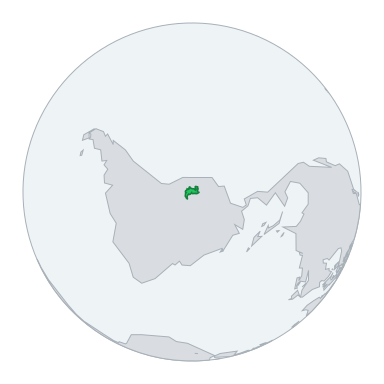 Ucayali highlighted on a globe, orthographic projection, rotated 122°
{"feature_id": "PER-583", "entity_name": "Ucayali", "entity_type": "Department", "adm_level": 1, "iso_a3": "PER", "parent_name": "Peru", "parent_adm1": "", "projection": "orthographic", "projection_center": [-73.422, -9.375], "detail": "fine", "context": "on_globe", "style": "filled", "palette": "green", "viewbox_px": 384, "rotation_deg": 122, "n_neighbors": 0, "source": "natural_earth", "source_scale": "10m", "svg_char_len": 8788}
<svg xmlns="http://www.w3.org/2000/svg" viewBox="0 0 384 384"><g transform="rotate(122 192 192)"><circle cx="192" cy="192" r="169" fill="#eef3f6" stroke="#a8b0b8"/><path d="M137.8,32.0L145.9,29.6L154.3,29.5L156.9,28.5L161.8,28.6L166.7,27.6L166.8,28.4L170.6,27.1L169.5,26.6L170.7,26.0L173.5,25.6L174.2,26.3L172.9,26.6L174.6,26.6L173.7,27.3L175.7,26.7L176.2,28.0L179.8,26.2L183.7,26.8L182.9,27.8L177.6,28.4L162.8,33.8L160.4,36.0L162.3,37.9L177.1,39.7L176.7,42.1L180.0,44.9L182.7,43.0L181.1,40.2L186.9,37.8L184.2,35.2L186.2,34.1L185.6,31.6L191.4,31.5L197.5,32.8L198.3,35.0L201.0,35.9L204.8,33.7L210.9,38.3L222.7,42.7L223.6,44.3L217.0,46.7L205.2,46.4L196.7,51.6L208.1,48.0L210.2,52.8L213.0,53.7L216.3,53.6L217.7,51.8L219.7,53.6L209.2,57.4L207.2,55.7L210.6,54.4L205.0,54.5L198.0,58.0L199.6,60.7L187.2,64.7L188.2,66.9L186.1,69.3L185.3,65.4L186.5,72.7L172.2,81.8L173.5,96.3L165.9,85.3L159.3,84.5L151.3,85.4L151.4,87.7L140.8,87.0L131.1,93.0L127.4,105.2L130.9,114.1L142.6,113.3L146.3,107.7L155.0,105.9L148.5,120.9L163.7,121.9L162.1,133.3L166.5,139.1L174.1,137.2L182.0,139.8L187.7,133.0L196.8,129.2L197.0,138.5L202.0,130.0L207.1,134.5L225.2,134.5L223.8,136.6L239.1,148.4L255.4,154.4L259.2,161.7L257.3,166.0L262.9,167.7L263.0,170.6L285.0,177.4L296.0,186.3L295.4,196.7L285.8,207.6L276.2,232.7L258.6,239.7L253.6,250.0L238.8,264.8L228.3,262.9L230.7,271.0L224.3,275.5L217.3,275.5L215.6,281.0L210.4,281.0L213.5,284.8L204.6,291.8L206.6,297.9L200.0,303.7L201.5,307.2L199.1,307.1L196.6,308.4L196.2,310.4L189.2,307.0L187.7,299.0L190.6,295.0L187.5,294.3L193.5,284.0L190.0,286.1L191.6,270.8L196.9,258.2L201.0,222.5L197.5,215.5L184.6,207.6L169.1,182.7L173.3,172.4L169.9,167.8L181.1,153.4L178.1,140.7L174.2,139.1L170.2,144.0L156.7,136.7L152.0,127.7L111.6,117.1L107.7,113.2L108.0,106.1L97.1,86.6L100.7,105.9L95.9,102.7L92.6,96.2L95.2,94.0L93.8,84.5L90.0,81.9L91.9,70.9L104.1,56.3L105.0,57.6L107.8,54.4L106.9,52.8L105.6,52.5L114.2,43.3L113.1,42.6L125.2,36.8L137.8,32.0ZM33.6,134.5L34.9,130.9L34.5,132.4L33.6,134.5ZM35.4,129.2L35.0,130.3L35.3,129.5L35.4,129.2ZM35.4,128.9L35.4,129.1L35.3,129.3L35.4,128.9ZM35.3,129.0L35.4,128.8L35.3,129.0L35.3,129.0ZM172.5,101.5L189.9,108.4L180.0,109.6L181.9,108.1L177.5,105.2L169.3,102.7L160.6,104.8L172.5,101.5ZM35.9,127.4L36.0,127.2L35.6,128.1L35.9,127.4ZM180.4,92.9L177.4,92.4L180.4,92.2L180.4,92.9ZM104.5,52.9L106.6,53.0L106.1,55.4L104.1,55.4L104.5,52.9ZM105.8,49.2L107.7,48.5L104.4,51.3L104.3,50.8L105.8,49.2ZM182.4,32.0L184.0,31.8L183.3,32.3L182.4,32.0ZM180.7,31.2L178.8,31.9L177.7,31.7L178.9,31.2L180.7,31.2ZM183.3,30.4L175.9,31.2L174.0,30.8L177.0,29.0L183.3,30.4ZM167.9,26.7L169.2,27.2L165.6,27.3L167.9,26.7ZM165.3,27.0L152.3,29.1L151.8,28.6L156.3,27.8L153.6,27.8L159.7,26.4L162.6,26.1L161.7,26.7L164.7,25.8L165.3,27.0ZM171.0,25.8L168.4,26.1L167.8,25.6L172.8,24.9L171.4,25.3L171.0,25.8ZM149.9,28.6L150.3,28.4L155.4,27.1L156.2,26.9L159.8,26.4L149.9,28.6ZM172.9,25.2L175.4,24.6L178.2,24.6L173.4,25.5L172.9,25.2ZM165.5,25.9L165.4,25.7L167.1,25.5L165.5,25.9ZM189.5,24.6L186.5,24.7L185.9,24.3L189.5,24.6ZM176.1,24.4L175.1,24.5L174.6,24.5L176.7,24.1L176.1,24.4ZM163.1,25.7L165.1,25.3L161.9,25.8L165.6,25.1L167.3,25.0L168.1,24.8L169.2,24.6L169.4,24.8L163.1,25.7ZM177.1,23.8L180.6,23.9L186.4,23.7L187.1,23.9L177.6,24.3L177.1,23.8ZM172.6,24.3L175.5,24.0L174.9,24.3L172.4,24.6L172.6,24.3ZM163.7,25.4L161.4,25.8L163.7,25.4ZM179.0,23.7L178.1,23.7L179.4,23.6L179.0,23.7ZM171.1,24.3L169.0,24.6L168.9,24.6L171.1,24.3ZM178.1,23.6L179.2,23.6L177.6,23.7L178.1,23.6ZM175.5,23.8L176.3,23.8L174.1,24.0L175.0,23.9L175.5,23.8ZM184.5,23.2L185.3,23.2L181.7,23.4L180.7,23.4L184.5,23.2ZM200.8,314.1L189.8,308.2L196.0,310.9L200.6,307.9L206.2,312.3L200.8,314.1ZM214.1,306.5L219.2,305.0L220.4,306.1L217.1,307.4L214.1,306.5ZM311.8,72.9L312.0,73.5L320.3,85.3L318.9,85.8L314.0,82.5L303.0,69.4L307.6,70.0L303.7,66.2L296.0,60.2L298.1,61.2L295.5,59.1L296.5,59.4L292.2,56.0L302.4,64.1L311.8,72.9ZM331.1,287.9L331.8,286.3L335.8,280.2L342.4,267.3L353.3,237.6L357.0,225.4L358.8,215.2L359.4,191.5L359.5,179.8L358.7,174.3L357.6,174.5L356.1,168.0L355.0,167.3L345.2,167.9L339.7,159.1L327.1,134.7L327.1,126.0L322.7,115.7L318.7,86.0L322.8,88.8L325.3,88.2L332.3,97.8L338.5,107.9L344.1,118.4L348.9,129.2L352.9,140.4L356.1,151.8L358.5,163.5L360.1,175.2L360.9,187.1L360.8,199.0L359.9,210.8L358.2,222.6L355.6,234.2L352.2,245.6L348.1,256.7L343.2,267.5L337.5,277.9L331.1,287.9ZM325.9,101.3L327.4,104.2L325.9,101.3ZM225.8,134.4L228.0,136.3L225.1,136.2L225.8,134.4ZM178.6,113.2L182.3,113.3L184.2,114.6L181.4,115.2L178.6,113.2ZM209.6,113.1L213.9,114.0L209.5,114.6L209.6,113.1ZM192.6,109.3L206.2,112.8L197.7,115.4L189.1,113.4L195.0,112.6L192.6,109.3ZM178.6,97.7L180.9,98.3L180.2,99.8L178.6,97.7ZM182.6,92.8L181.7,93.0L180.5,91.8L182.6,92.8ZM210.8,52.6L211.7,52.3L215.0,52.6L213.5,53.3L210.8,52.6ZM229.6,49.9L232.3,53.1L229.3,51.1L227.7,52.4L219.4,50.4L223.6,45.0L223.2,47.6L229.6,49.9ZM209.5,46.9L214.3,48.3L208.9,47.0L209.5,46.9ZM280.1,48.8L282.7,50.2L285.5,52.3L285.4,53.4L281.3,50.2L280.1,48.8ZM285.6,51.8L275.2,45.3L274.9,44.9L276.8,46.1L277.6,46.4L281.0,48.6L290.9,55.0L294.0,57.4L292.1,57.3L291.0,55.8L288.6,54.3L285.6,51.8ZM249.2,34.3L244.7,32.7L249.8,33.5L253.4,34.9L253.6,35.7L249.4,34.6L249.2,34.3ZM190.0,27.5L187.9,27.7L187.7,27.4L189.3,27.0L190.0,27.5ZM188.2,24.7L198.7,26.5L196.9,26.7L205.3,28.1L203.8,29.4L198.4,28.4L203.5,30.8L198.0,30.4L202.0,32.1L190.2,29.5L185.5,29.7L191.3,28.9L192.9,27.6L192.1,27.1L186.5,25.9L177.1,26.0L177.1,25.2L179.6,24.6L181.9,24.4L181.2,24.9L184.7,24.3L185.4,25.0L188.2,24.7ZM229.0,27.1L232.2,28.0L230.5,27.6L235.9,29.0L231.9,28.1L233.8,28.8L236.7,29.3L230.8,30.8L231.5,33.0L234.2,35.6L227.0,34.3L219.9,31.3L213.8,28.3L214.2,26.7L210.9,26.7L210.1,26.0L213.1,26.3L208.1,25.5L208.2,25.1L202.8,23.9L195.5,23.6L193.3,23.4L196.3,23.4L192.1,23.2L196.2,23.1L194.7,23.1L195.3,23.1L212.3,24.3L229.0,27.1ZM192.4,23.0L190.1,23.1L190.8,23.2L187.0,23.6L181.1,23.7L182.7,23.5L182.9,23.4L184.7,23.4L183.4,23.3L185.7,23.2L185.3,23.2L187.9,23.1L192.4,23.0ZM321.8,83.8L321.7,83.7L318.2,79.7L321.8,83.8Z" fill="#d9dde1" stroke="#a8b0b8" stroke-width="1"/><path d="M190.4,186.6L190.8,187.1L191.0,187.2L191.1,187.3L191.1,187.6L190.9,187.6L190.9,187.8L191.0,187.8L191.3,188.0L191.4,188.3L191.5,188.3L191.5,188.5L191.6,188.8L191.7,189.0L191.9,189.2L192.0,189.2L192.0,189.3L192.2,189.5L192.3,189.9L192.4,190.0L192.6,190.0L192.8,190.1L192.8,190.3L193.0,190.6L193.3,190.9L193.3,191.1L193.3,191.3L193.1,191.4L193.1,191.5L192.9,191.7L192.9,191.8L192.7,192.0L193.8,192.1L194.1,192.2L194.3,192.2L194.5,192.3L194.9,192.3L195.0,192.4L195.1,192.5L195.3,192.7L195.4,192.8L195.3,193.0L195.6,193.3L195.7,193.5L195.6,193.8L197.9,193.9L198.0,193.8L198.3,193.7L198.5,193.7L198.8,193.4L199.0,193.3L199.1,193.2L199.3,193.0L199.4,192.9L199.5,192.8L199.6,192.7L199.8,192.6L200.0,192.5L200.0,192.4L200.2,192.2L200.3,192.2L200.4,192.3L200.3,192.5L200.2,192.6L200.2,192.8L200.3,192.9L200.3,193.0L200.2,193.2L200.2,193.3L200.1,193.7L199.7,194.0L199.5,194.4L199.5,194.8L199.4,194.9L199.4,195.0L199.0,195.4L199.0,195.5L198.9,195.5L198.7,195.7L198.6,195.8L198.4,195.9L198.3,196.0L198.2,196.0L196.7,196.7L196.6,196.8L196.2,196.8L196.1,196.7L195.9,196.6L195.7,196.6L195.9,196.9L195.9,197.0L195.6,197.4L195.6,197.5L195.4,197.7L195.2,197.7L194.9,197.8L194.7,197.9L194.7,198.0L194.4,198.1L194.2,198.0L194.2,197.9L193.9,197.9L193.7,197.9L193.4,197.7L193.3,197.4L193.2,197.4L193.1,197.6L192.9,197.6L192.5,197.7L192.2,197.7L192.0,197.8L192.0,197.7L191.9,197.7L191.7,197.4L191.8,196.9L191.7,196.6L191.6,196.4L191.4,196.2L191.2,196.1L190.9,196.3L190.7,196.6L190.4,196.7L190.2,196.7L189.9,196.8L189.7,196.8L189.3,196.9L189.2,196.9L188.9,196.7L188.9,196.3L189.0,196.3L189.1,196.1L189.3,196.0L189.4,195.9L189.5,195.8L189.7,195.7L189.8,195.6L189.7,195.4L189.4,195.2L189.3,194.8L189.2,194.7L189.3,194.3L189.3,194.2L189.2,194.1L189.1,193.8L189.0,193.7L189.0,193.4L188.9,193.1L188.8,192.9L188.4,192.3L188.3,192.2L188.2,192.0L188.2,191.9L188.3,191.8L188.3,191.5L188.4,191.4L188.3,191.2L188.5,190.8L188.5,190.7L188.5,190.4L188.8,190.2L188.8,189.9L188.7,189.8L188.3,189.8L188.2,189.8L187.9,189.9L187.7,190.1L187.4,190.3L187.2,190.6L187.0,190.8L186.9,190.9L186.9,191.0L186.8,191.3L186.7,191.4L186.6,191.5L186.4,191.7L186.2,191.7L186.1,191.8L185.8,192.0L185.7,192.1L185.4,192.0L185.3,191.8L185.2,191.7L185.1,191.4L185.1,191.2L184.9,190.9L184.8,190.4L184.7,190.3L184.6,190.1L184.6,189.9L184.9,189.7L185.0,189.6L185.4,189.3L185.5,189.2L186.0,189.3L186.2,189.2L185.9,188.9L185.9,188.7L186.0,188.6L186.3,188.5L186.3,188.4L186.5,188.3L186.9,188.3L187.0,188.3L187.1,188.2L187.3,188.1L187.6,188.0L188.3,187.8L188.6,187.7L188.7,187.3L188.7,187.0L188.7,186.8L188.7,186.7L188.6,186.3L188.5,186.1L188.7,185.9L188.8,186.0L189.1,186.1L189.4,186.2L189.5,186.2L190.1,186.4L190.2,186.5L190.3,186.5L190.4,186.6Z" fill="#22c55e" stroke="#15803d" stroke-width="1.5"/></g></svg>